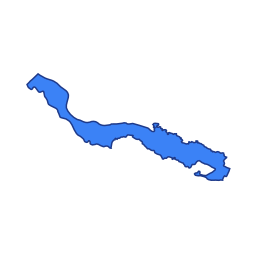 outline of Santo Domingo Suchitepéquez, Suchitepéquez, Guatemala, rotated 105°
{"feature_id": "79465075B35646197433450", "entity_name": "Santo Domingo Suchitepéquez", "entity_type": "district", "adm_level": 2, "iso_a3": "GTM", "parent_name": "Guatemala", "parent_adm1": "Suchitepéquez", "projection": "orthographic", "projection_center": [-91.492, 14.282], "detail": "fine", "context": "isolated", "style": "filled", "palette": "blue", "viewbox_px": 256, "rotation_deg": 105, "n_neighbors": 0, "source": "geoboundaries", "source_scale": "gbopen_adm2", "svg_char_len": 5871}
<svg xmlns="http://www.w3.org/2000/svg" viewBox="0 0 256 256"><g transform="rotate(105 128 128)"><path d="M127.5,29.2L127.5,30.0L128.3,31.9L128.2,32.5L127.9,33.1L127.7,33.8L127.6,35.0L127.9,35.9L128.5,36.5L128.9,37.1L128.7,38.1L128.6,39.3L129.0,39.9L129.1,40.2L128.9,40.5L128.7,40.6L128.4,40.9L128.5,41.6L128.5,42.0L127.9,42.2L127.4,42.6L127.2,43.0L127.3,44.7L127.0,46.5L126.5,47.1L126.4,47.5L126.2,49.5L125.1,50.3L124.7,52.3L124.2,53.3L124.2,53.9L124.4,54.3L124.3,54.8L124.0,55.5L124.0,55.8L124.3,56.4L124.3,56.8L124.1,57.0L123.0,57.1L122.6,57.4L122.6,57.7L122.8,58.4L122.8,58.8L123.0,59.0L123.3,58.8L123.6,58.4L123.9,58.4L124.1,58.8L124.6,59.3L124.8,59.9L125.1,60.5L124.7,62.9L124.9,63.1L125.4,63.2L125.4,63.5L125.7,63.9L125.8,64.1L125.8,64.8L125.5,65.3L125.5,65.5L125.8,65.6L126.1,65.6L126.5,65.4L127.2,65.3L127.7,65.5L127.8,66.6L128.3,67.4L128.3,67.8L128.1,70.2L128.2,71.9L127.9,72.4L127.3,72.9L127.1,72.9L126.6,72.3L126.3,72.1L125.8,72.1L125.5,72.4L125.1,73.0L124.9,73.8L125.0,74.0L124.8,74.3L124.2,74.0L123.9,74.1L123.8,74.5L123.9,75.1L123.2,75.9L122.8,78.8L122.6,79.1L122.2,79.4L121.3,79.6L121.0,79.8L121.1,80.2L121.4,80.8L121.5,81.7L121.6,81.9L122.0,82.0L122.3,82.3L122.2,83.0L121.9,83.7L121.9,84.9L122.0,85.6L121.7,86.3L121.8,87.0L122.0,87.4L123.5,87.3L123.7,87.5L123.9,87.9L123.8,88.2L122.9,88.4L122.6,89.0L122.1,89.5L122.0,90.0L121.8,90.3L121.5,90.5L120.7,90.2L120.4,90.2L120.1,90.6L120.0,91.6L120.5,93.1L121.5,94.0L121.5,94.3L121.3,94.5L120.0,94.7L119.8,95.0L120.0,95.9L119.9,96.3L118.7,96.7L118.5,97.2L118.5,97.7L119.1,98.3L119.3,98.6L119.4,99.4L119.7,100.1L119.6,100.6L119.2,100.7L118.5,100.6L118.2,100.4L117.6,99.6L117.2,99.3L116.8,99.3L116.2,99.5L116.0,99.8L116.0,100.1L116.4,102.9L116.8,103.9L117.1,104.3L118.2,104.8L118.3,104.5L119.5,103.4L119.8,103.3L120.3,103.6L120.7,103.5L120.8,103.2L120.8,102.9L120.5,102.6L120.5,102.3L120.6,102.0L121.2,102.0L121.7,102.4L122.2,102.5L122.5,102.3L122.6,102.1L123.8,101.6L124.7,102.1L125.1,103.9L124.1,106.4L123.2,107.9L122.9,108.8L122.5,117.8L122.4,124.6L123.9,128.0L124.2,129.5L124.1,130.3L123.7,131.1L124.0,133.1L125.0,135.0L127.1,140.2L128.4,145.0L129.6,146.2L131.6,151.1L132.0,153.0L132.0,155.2L131.7,156.8L130.8,158.7L130.3,160.8L130.5,163.0L131.2,164.9L132.3,166.5L133.3,168.8L133.6,170.6L133.5,172.8L132.9,176.3L132.9,179.3L131.8,183.1L129.8,187.1L127.3,190.4L124.6,192.7L121.7,193.5L118.7,193.6L114.0,193.6L112.3,193.9L111.3,194.2L110.0,195.1L109.1,195.9L108.0,197.6L105.6,203.9L103.2,208.1L102.0,211.9L101.7,213.9L101.5,218.7L101.2,221.3L100.5,224.0L99.8,226.8L99.0,228.9L105.8,233.0L107.9,234.5L110.1,235.6L112.1,236.8L113.8,235.5L114.7,234.6L115.8,231.8L115.8,231.4L115.4,230.8L114.8,230.4L113.4,230.1L113.1,229.8L112.7,229.3L112.7,228.8L112.8,228.1L113.1,227.6L116.2,223.7L116.3,223.0L116.2,222.2L114.6,220.0L114.5,219.3L114.6,219.0L115.5,218.4L118.8,216.8L119.4,216.3L120.3,215.0L122.2,213.1L124.8,211.6L125.3,211.2L125.7,210.8L126.1,209.7L126.5,208.3L127.6,202.8L127.9,202.0L128.3,201.4L129.1,200.5L129.4,200.3L130.3,200.0L131.8,198.7L135.0,196.4L135.2,195.8L135.3,195.4L135.3,190.2L136.3,187.1L136.7,186.2L137.2,185.4L139.4,183.0L143.8,179.3L146.7,176.3L147.8,174.4L148.4,171.8L149.8,168.8L150.3,168.0L152.1,166.5L152.4,166.0L152.5,165.3L152.6,164.5L152.3,163.7L152.0,163.4L151.5,163.0L150.6,162.8L150.4,162.4L150.4,162.0L150.8,161.4L151.3,161.0L152.9,160.5L153.1,160.2L153.3,159.7L153.5,158.5L153.5,157.8L153.3,157.5L152.3,155.3L151.7,154.5L151.5,153.9L151.5,152.2L152.1,149.7L152.4,147.0L152.2,146.3L151.5,145.3L151.1,144.4L150.9,143.6L150.9,142.8L151.0,142.1L151.7,141.0L152.0,140.2L152.0,139.8L151.8,139.1L151.5,139.3L147.0,139.7L146.1,139.7L145.5,139.6L143.8,138.9L143.3,138.6L142.9,137.8L142.7,137.5L142.0,137.5L141.6,137.7L141.3,137.5L141.3,136.8L141.7,135.9L141.7,135.6L140.7,135.2L140.5,134.9L140.2,133.9L139.9,133.4L139.4,133.0L138.9,132.7L138.5,132.1L138.1,130.7L137.7,130.4L137.4,129.9L137.5,128.6L137.3,127.7L135.6,127.0L134.8,126.5L134.6,125.8L134.4,124.1L133.9,121.4L134.0,121.2L135.2,121.4L135.4,121.3L136.1,119.3L136.6,117.5L136.6,116.4L136.4,115.3L136.0,114.4L136.1,113.9L136.8,113.1L137.1,112.6L137.1,112.3L137.2,111.7L137.7,110.8L138.1,110.4L138.5,110.3L139.3,110.2L139.6,110.0L139.7,109.1L139.8,108.6L140.7,107.6L142.1,105.0L142.7,104.3L143.0,103.8L143.0,103.5L142.7,102.8L142.8,101.5L143.1,100.9L143.4,100.2L143.5,98.8L143.0,97.2L143.4,96.6L144.8,95.8L145.1,95.1L145.6,93.1L145.7,90.3L145.9,89.4L148.4,87.0L148.9,86.7L148.9,86.3L148.9,85.9L148.7,85.6L147.8,85.0L147.6,84.6L147.3,83.1L146.9,82.8L146.2,82.5L145.9,82.2L145.4,81.6L145.2,80.8L145.4,77.7L145.6,77.4L146.1,77.4L146.6,77.3L146.7,76.8L146.4,76.5L145.4,76.2L144.9,75.9L144.5,75.4L144.5,75.2L144.7,74.8L145.1,74.8L145.5,75.0L145.8,75.0L145.9,74.7L145.8,74.2L146.2,73.4L146.3,72.9L146.2,71.1L146.3,70.9L147.1,70.2L147.3,69.9L147.2,69.0L147.6,66.9L147.6,65.7L148.6,64.7L149.1,63.8L149.4,63.5L150.0,63.2L150.4,62.7L150.4,61.7L149.9,60.8L149.7,60.3L149.8,60.0L150.0,59.7L150.5,59.2L150.7,58.9L150.6,58.0L149.6,57.2L146.8,56.6L146.4,56.1L146.2,54.8L145.5,53.8L143.0,53.0L141.8,52.1L141.1,50.7L141.5,49.4L142.2,47.7L142.6,45.2L142.8,44.8L142.6,42.3L142.9,40.5L143.6,38.0L144.0,37.3L144.7,33.3L145.1,33.0L145.9,33.0L148.9,35.1L150.7,37.2L153.7,40.2L154.2,42.7L154.2,46.3L153.5,47.0L152.1,47.0L151.4,47.5L151.4,48.5L151.9,48.9L152.8,49.1L153.5,49.7L153.8,50.7L154.6,51.7L155.1,51.9L155.7,51.4L156.2,50.6L156.0,47.9L155.3,45.7L155.3,41.7L155.6,39.8L156.2,38.7L156.6,38.4L157.0,36.9L156.9,33.9L156.7,33.5L156.0,30.8L155.8,30.5L155.0,26.6L154.2,25.0L153.9,23.1L153.4,23.3L151.7,23.1L149.9,22.7L149.2,22.2L149.5,21.5L149.4,20.6L148.8,20.2L143.5,19.3L140.9,19.2L140.6,22.7L140.2,23.7L140.0,25.5L139.7,25.9L139.1,26.0L138.7,25.7L137.4,25.6L136.0,26.4L135.3,27.1L134.7,27.2L132.3,26.0L132.0,25.9L131.4,25.2L130.7,25.2L130.5,27.1L129.8,28.1L129.2,28.1L127.8,29.1L127.5,29.2Z" fill="#3b82f6" stroke="#1e3a8a" stroke-width="1.5"/></g></svg>